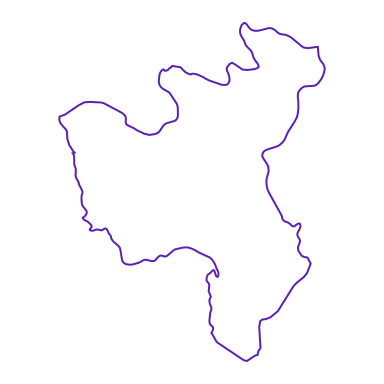 map outline of Hwanghae-bukto (Equal Earth projection)
{"feature_id": "PRK-3303", "entity_name": "Hwanghae-bukto", "entity_type": "Province", "adm_level": 1, "iso_a3": "PRK", "parent_name": "North Korea", "parent_adm1": "", "projection": "equal_earth", "projection_center": [126.361, 38.471], "detail": "fine", "context": "isolated", "style": "outline", "palette": "violet", "viewbox_px": 384, "rotation_deg": 0, "n_neighbors": 0, "source": "natural_earth", "source_scale": "10m", "svg_char_len": 5069}
<svg xmlns="http://www.w3.org/2000/svg" viewBox="0 0 384 384"><path d="M310.7,263.6L307.0,273.2L304.0,276.9L296.9,282.6L293.6,286.0L277.9,311.1L270.6,317.2L265.8,319.1L262.4,319.5L260.2,321.2L259.2,327.0L260.5,347.9L260.5,348.0L258.4,351.2L257.6,354.9L255.9,355.2L251.9,357.7L246.9,361.0L243.7,360.2L217.9,342.9L216.4,341.5L211.9,333.5L211.4,333.0L212.5,330.9L212.9,329.9L213.2,328.5L212.9,327.2L211.8,325.9L210.6,325.0L209.7,323.4L209.4,321.0L210.1,313.3L210.6,311.5L211.1,310.5L211.4,309.0L211.3,307.1L210.0,304.3L209.3,300.5L210.8,296.5L208.7,291.3L209.3,285.0L208.7,283.2L207.7,282.2L206.6,280.6L206.5,278.9L207.1,276.0L208.1,274.5L210.4,272.8L211.4,271.8L212.3,270.8L213.2,270.1L214.0,270.3L214.5,271.0L215.5,274.5L216.0,275.7L216.7,276.6L217.2,276.9L218.1,276.4L218.4,275.0L218.4,272.6L217.8,270.9L216.5,268.3L215.1,264.5L213.9,262.2L212.2,259.8L211.1,258.7L210.1,257.7L208.9,257.1L199.5,252.8L194.2,249.7L189.9,248.0L187.5,247.4L183.4,247.5L175.4,249.3L174.4,249.8L173.4,250.5L167.6,255.4L166.4,256.2L165.3,256.5L164.1,256.4L161.8,255.6L160.6,255.6L159.5,256.0L158.3,256.8L157.4,257.8L155.5,260.2L154.0,260.9L152.0,261.2L146.2,259.8L144.4,259.8L143.2,260.3L138.7,262.8L131.9,264.6L130.3,264.7L128.5,264.6L125.6,264.0L124.0,263.0L122.9,261.9L122.4,260.7L122.0,259.5L120.4,250.0L119.7,247.6L118.7,246.2L113.6,241.8L112.2,240.0L111.2,238.4L111.1,237.1L110.7,235.9L108.5,232.9L107.6,230.5L106.6,229.0L105.5,228.5L104.5,228.7L103.5,229.2L102.6,229.9L101.5,230.4L97.4,229.5L95.9,229.6L92.9,230.8L90.2,230.4L89.8,229.6L90.1,228.7L91.0,227.9L91.4,227.3L91.6,226.4L91.3,225.2L90.2,224.0L87.9,221.8L84.2,219.8L82.9,218.4L82.9,217.6L84.4,216.6L85.2,215.7L86.0,214.7L86.6,213.5L86.8,212.5L86.6,211.5L86.3,210.7L83.0,206.4L82.6,205.7L82.2,204.8L81.9,203.7L81.6,201.4L81.5,197.5L81.6,196.2L81.8,194.9L82.3,193.6L82.5,192.4L82.3,191.2L80.9,187.9L79.3,185.2L78.8,183.1L78.0,181.1L76.5,178.6L75.9,177.0L75.6,175.4L75.8,170.3L75.8,169.0L75.4,167.7L74.5,165.2L74.2,164.0L74.2,157.4L73.6,154.4L72.7,153.3L74.6,152.7L72.9,150.9L70.8,147.2L69.6,146.0L67.3,138.8L67.0,132.6L66.6,130.8L65.9,129.4L62.6,125.9L60.5,123.2L59.7,121.2L59.3,119.7L59.5,116.6L65.0,114.6L78.3,105.5L84.2,102.4L89.1,101.9L101.2,102.5L104.0,103.3L122.5,113.2L123.5,114.1L124.5,115.1L125.3,116.2L125.7,117.4L125.9,118.6L125.7,122.5L126.1,123.8L127.1,125.0L134.2,128.4L137.3,130.5L144.5,133.8L149.3,134.9L152.0,134.6L155.9,133.8L157.4,133.1L158.7,132.2L159.7,131.1L162.9,126.3L163.8,125.1L165.3,123.9L167.3,123.0L174.4,121.0L175.5,120.4L176.5,119.4L177.2,118.3L177.7,117.1L177.9,115.9L177.8,107.9L177.6,106.7L177.4,105.6L177.0,104.4L176.4,103.2L169.8,93.2L169.2,92.6L168.2,91.8L163.8,89.3L161.6,87.8L160.6,86.7L159.9,85.6L159.4,84.4L159.0,83.2L158.9,82.0L158.8,80.7L159.3,75.8L159.6,74.5L160.0,73.1L160.8,71.6L162.4,69.8L163.4,69.4L164.6,70.6L166.1,70.8L168.2,69.7L169.5,68.2L171.1,67.4L172.0,66.0L173.4,65.9L174.4,66.3L180.1,67.2L181.0,67.6L182.2,69.2L184.3,71.1L185.0,71.9L187.3,73.3L190.6,74.5L192.0,73.8L193.2,73.7L196.9,74.4L198.1,74.8L203.9,77.5L205.1,78.4L206.2,79.0L207.1,79.4L208.7,80.3L221.7,84.8L223.8,84.9L226.7,84.8L227.9,83.8L228.7,82.7L229.2,81.7L229.4,80.8L229.5,80.0L229.5,79.1L229.3,77.4L228.9,75.3L228.1,73.0L226.9,70.6L226.7,69.0L227.1,67.2L229.3,64.3L230.8,63.3L232.1,62.9L233.4,63.4L242.5,69.5L244.9,69.8L248.1,69.9L254.7,69.1L257.3,68.1L258.7,66.9L258.5,65.7L258.1,64.7L257.5,63.4L256.1,61.7L254.4,59.2L253.7,57.9L253.2,56.6L252.1,52.8L251.5,51.6L250.7,50.4L246.4,46.0L245.6,44.8L245.1,43.5L244.2,40.9L243.5,39.6L241.1,35.8L240.6,34.5L240.2,33.2L240.0,31.8L240.1,30.0L240.5,28.0L241.7,25.0L243.5,23.3L245.0,23.0L246.3,23.9L249.1,27.7L250.2,28.8L251.4,29.7L252.8,30.3L254.2,30.7L257.2,30.8L259.9,30.4L268.7,28.1L270.1,28.1L271.5,28.3L272.9,28.9L275.1,30.2L277.8,32.7L279.1,33.5L280.3,34.0L286.2,35.0L288.9,36.2L291.6,37.8L301.1,45.8L303.6,47.5L307.5,48.2L317.8,46.8L318.6,55.7L319.9,59.5L321.8,62.2L322.9,63.4L323.1,63.8L323.9,65.5L324.3,66.6L324.6,67.7L324.7,69.0L324.5,70.6L324.0,72.7L322.8,76.1L321.3,79.1L318.2,83.2L317.1,84.2L316.0,85.0L314.9,85.5L313.7,85.8L305.1,86.4L304.0,86.7L302.8,87.3L301.7,88.1L300.6,89.1L299.6,90.3L298.8,91.4L298.1,92.7L297.9,94.6L297.8,97.0L298.3,101.5L298.4,107.9L297.9,112.8L297.4,115.4L296.9,117.3L294.2,122.3L288.0,132.0L284.6,139.5L283.0,141.9L281.9,143.0L279.6,145.0L277.3,146.3L266.4,149.8L265.2,150.5L264.1,151.3L263.2,152.4L262.6,153.6L262.2,155.6L262.2,156.0L263.2,158.2L267.2,164.3L267.9,165.8L268.4,167.6L268.7,170.5L268.4,172.3L268.0,173.8L267.6,175.0L266.9,177.6L266.5,180.1L266.4,181.3L266.6,184.9L267.6,189.7L269.0,192.7L281.3,214.9L282.0,216.6L282.2,218.2L282.8,219.6L284.1,221.0L285.3,221.6L286.7,222.0L288.3,222.7L289.9,223.8L292.1,226.0L293.6,226.4L294.6,226.2L296.6,224.5L297.5,223.9L298.5,223.6L299.6,223.5L300.3,224.6L300.5,226.3L299.3,229.8L298.2,231.6L297.5,233.2L297.3,234.5L297.8,236.3L298.3,237.3L299.7,239.4L300.0,240.7L299.8,242.3L298.8,244.9L297.9,247.6L298.4,250.9L301.5,255.5L302.6,256.2L304.2,257.0L307.3,257.5L308.0,258.4L308.6,259.5L309.0,260.6L310.7,263.5L310.7,263.6Z" fill="none" stroke="#5b21b6" stroke-width="2"/></svg>